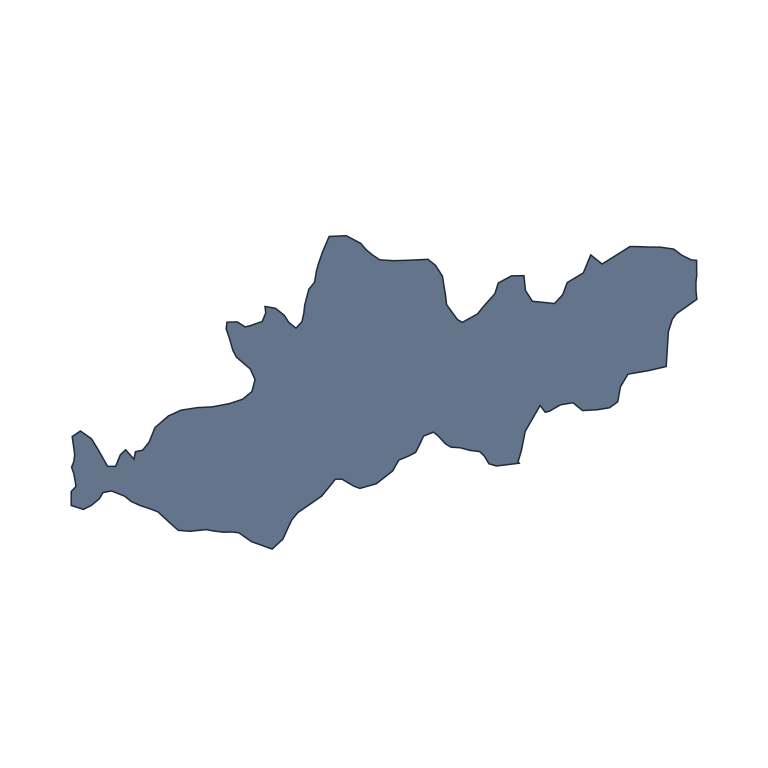 outline of Hongcheon-gun, Gangwon, South Korea, rotated 354°
{"feature_id": "91817680B15226656503507", "entity_name": "Hongcheon-gun", "entity_type": "district", "adm_level": 2, "iso_a3": "KOR", "parent_name": "South Korea", "parent_adm1": "Gangwon", "projection": "mercator", "projection_center": [128.024, 37.738], "detail": "fine", "context": "isolated", "style": "filled", "palette": "slate", "viewbox_px": 768, "rotation_deg": 354, "n_neighbors": 0, "source": "geoboundaries", "source_scale": "gbopen_adm2", "svg_char_len": 2181}
<svg xmlns="http://www.w3.org/2000/svg" viewBox="0 0 768 768"><g transform="rotate(354 384 384)"><path d="M643.0,273.0L613.4,287.5L603.1,277.2L593.9,294.3L576.8,302.3L571.1,313.8L562.0,321.8L540.2,317.2L534.5,305.8L534.5,303.5L534.5,290.9L522.0,289.8L508.2,295.5L503.7,305.8L491.1,317.2L484.3,324.1L468.3,330.9L463.7,327.5L454.5,311.5L454.5,303.5L453.4,282.9L447.7,271.5L440.8,264.6L421.4,263.5L406.6,262.4L392.8,260.1L386.0,254.4L380.3,248.6L375.7,241.8L362.0,232.6L344.9,231.5L336.7,246.2L331.6,257.1L328.6,264.5L325.7,275.4L319.1,282.0L313.3,297.4L311.8,304.7L308.9,313.5L302.3,319.3L295.7,312.7L292.1,305.4L284.0,297.4L273.8,294.4L273.8,301.0L269.4,309.1L257.0,312.0L251.8,312.7L244.5,306.9L234.3,306.1L232.8,312.7L235.0,322.2L237.2,334.7L240.1,342.0L252.6,355.1L256.2,366.1L251.8,377.8L241.6,384.4L228.4,387.3L210.9,388.8L196.3,388.0L179.4,388.8L166.3,393.2L151.7,403.4L144.3,417.3L137.0,424.6L129.7,425.3L127.5,432.7L120.2,422.4L114.4,426.8L108.5,437.8L100.5,437.0L93.2,420.2L87.3,407.8L77.1,399.0L69.0,403.4L68.4,403.5L69.0,421.7L67.6,428.3L64.6,434.1L66.1,440.7L66.8,449.5L66.8,453.9L61.7,458.2L60.2,472.1L71.9,477.3L74.8,476.2L80.0,474.3L88.8,468.5L93.2,462.6L101.9,461.9L114.4,468.5L120.2,474.3L129.0,479.5L138.5,483.8L145.8,487.5L150.9,493.3L156.0,499.2L164.1,508.0L175.8,510.2L191.9,510.2L199.2,512.4L208.7,514.6L217.5,515.3L224.1,516.8L235.8,527.0L255.5,536.5L267.2,527.7L274.5,515.3L278.2,509.4L284.8,502.9L295.7,497.0L310.3,489.0L314.7,484.6L319.9,479.5L325.7,473.6L332.3,474.3L343.3,482.4L349.1,485.3L365.9,482.4L383.5,471.4L390.8,461.2L401.0,458.2L408.3,455.3L413.5,447.3L417.8,440.0L428.1,437.0L432.5,441.4L439.1,450.2L444.2,453.9L452.9,455.3L462.5,459.0L472.0,461.2L476.3,466.3L480.0,474.3L487.3,477.3L510.2,476.9L509.3,475.1L513.6,464.8L519.5,445.8L531.2,429.7L537.0,421.7L541.4,429.0L545.8,428.3L557.5,423.1L570.0,422.4L578.7,431.2L593.4,431.9L605.8,431.2L614.6,426.1L618.9,411.4L627.7,399.7L648.9,398.3L666.5,396.1L672.3,361.7L677.4,350.0L681.8,344.9L704.0,332.5L704.0,324.5L704.9,315.2L706.3,309.1L707.8,293.7L702.6,292.7L693.7,287.1L686.2,280.1L673.1,276.8L661.0,275.4L651.6,274.0L643.0,273.0Z" fill="#64748b" stroke="#1e293b" stroke-width="1.5"/></g></svg>